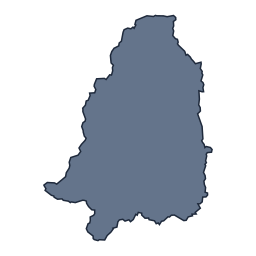 outline of San Lorenzo, Puerto Rico
{"feature_id": "32010507B65674201186595", "entity_name": "San Lorenzo", "entity_type": "district", "adm_level": 2, "iso_a3": "PRI", "parent_name": "Puerto Rico", "parent_adm1": "", "projection": "robinson", "projection_center": [-65.979, 18.152], "detail": "fine", "context": "isolated", "style": "filled", "palette": "slate", "viewbox_px": 256, "rotation_deg": 0, "n_neighbors": 0, "source": "geoboundaries", "source_scale": "gbopen_adm2", "svg_char_len": 2533}
<svg xmlns="http://www.w3.org/2000/svg" viewBox="0 0 256 256"><path d="M44.1,185.7L45.9,188.6L45.1,190.4L51.4,195.3L53.8,196.0L54.1,197.2L57.5,199.2L62.0,198.9L63.3,200.3L68.5,201.2L70.3,202.6L71.2,201.9L75.3,202.6L79.3,201.3L82.8,200.2L84.8,200.5L86.3,201.1L86.6,203.3L88.6,206.6L91.8,209.8L94.7,210.1L94.7,213.7L93.6,215.3L90.2,217.0L90.3,220.6L89.7,223.0L88.1,223.7L86.3,228.7L87.9,232.0L93.1,236.0L93.2,238.6L94.3,239.6L98.0,240.6L99.3,239.7L104.7,240.0L107.2,235.5L111.0,232.0L113.3,228.8L112.9,228.2L116.9,227.1L117.9,221.8L119.4,219.9L122.8,219.3L125.0,221.1L128.9,219.8L130.5,221.7L133.3,219.5L135.8,214.3L137.2,215.2L138.3,212.4L141.7,213.2L141.7,215.0L145.0,218.2L148.6,218.1L149.1,219.7L154.5,220.8L156.2,223.7L158.3,223.0L159.4,224.6L161.5,221.3L163.7,220.8L168.0,216.8L169.5,217.0L171.4,215.2L174.5,215.1L183.8,220.6L186.2,220.3L188.2,216.9L192.5,215.8L192.0,214.2L196.2,214.0L195.2,212.4L200.3,208.2L197.9,203.8L200.0,203.8L202.2,201.9L202.7,197.1L206.0,196.9L207.6,195.0L207.5,193.0L205.1,192.2L205.6,187.5L204.4,184.6L203.9,181.1L205.5,178.7L205.1,175.6L203.5,172.4L204.4,169.6L205.7,165.7L204.9,164.3L206.4,162.7L205.6,160.9L206.7,156.0L206.2,154.2L207.3,152.6L211.5,152.2L212.1,149.5L210.4,147.5L206.2,146.5L204.9,147.6L204.1,144.4L202.4,142.1L201.7,140.7L202.9,138.9L202.1,126.5L197.6,113.8L199.4,112.1L200.4,111.0L200.2,107.6L198.7,104.9L199.4,99.1L198.9,90.8L202.1,91.8L203.6,91.7L202.9,87.6L203.8,84.7L203.0,82.6L201.0,80.9L202.8,74.9L201.9,73.2L202.2,71.4L200.3,68.6L201.2,63.9L201.0,62.2L195.4,63.7L193.4,61.2L191.4,59.1L190.3,57.1L187.6,54.4L186.0,55.2L184.7,51.3L178.4,45.2L177.5,43.8L178.2,42.2L177.4,39.3L175.4,38.7L172.8,35.6L173.7,31.0L172.7,28.4L173.7,26.0L173.4,21.5L175.8,19.7L175.7,17.5L173.5,15.5L167.1,16.7L163.5,15.9L156.8,15.8L155.4,15.4L153.5,16.5L146.9,15.8L136.0,20.3L134.9,24.4L135.8,25.0L134.1,28.3L133.0,27.1L130.9,28.8L127.7,28.1L124.1,29.7L123.1,32.2L121.4,41.2L119.2,43.0L118.7,45.9L114.8,47.9L114.1,48.2L111.8,51.5L110.4,55.5L111.1,62.9L113.4,65.3L112.4,67.6L112.7,70.8L111.5,75.0L109.7,74.8L106.1,79.5L104.4,78.4L96.6,78.8L94.4,84.3L94.1,86.2L95.8,89.5L94.7,92.8L89.6,93.1L90.1,95.6L88.2,100.2L86.2,101.0L85.4,105.2L82.7,108.2L82.9,108.9L82.9,111.7L85.6,119.0L85.0,121.3L83.0,122.6L81.7,126.5L83.1,130.4L83.3,132.5L83.7,133.7L84.3,136.1L86.1,138.2L85.2,140.3L81.4,144.4L79.0,148.0L80.7,151.5L78.0,155.2L70.8,157.5L69.2,162.2L69.8,165.4L69.2,168.1L66.3,172.7L65.6,176.7L56.7,184.1L54.5,182.9L47.3,182.5L43.9,185.1L44.1,185.7Z" fill="#64748b" stroke="#1e293b" stroke-width="1.5"/></svg>